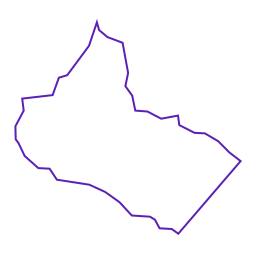 outline of Crockett, Tennessee, United States of America
{"feature_id": "52423323B19626244489091", "entity_name": "Crockett", "entity_type": "district", "adm_level": 2, "iso_a3": "USA", "parent_name": "United States of America", "parent_adm1": "Tennessee", "projection": "equal_earth", "projection_center": [-89.156, 35.835], "detail": "fine", "context": "isolated", "style": "outline", "palette": "violet", "viewbox_px": 256, "rotation_deg": 0, "n_neighbors": 0, "source": "geoboundaries", "source_scale": "gbopen_adm2", "svg_char_len": 577}
<svg xmlns="http://www.w3.org/2000/svg" viewBox="0 0 256 256"><path d="M22.2,98.6L23.7,110.6L15.4,126.3L15.7,139.3L18.4,142.9L24.7,156.0L38.3,168.1L49.6,168.7L56.9,179.7L89.3,184.7L105.2,192.0L119.5,202.2L131.8,215.5L150.0,216.7L154.9,219.7L159.6,228.3L171.7,229.0L178.3,233.7L240.6,161.1L229.3,152.4L218.2,141.2L204.9,133.4L194.4,132.8L179.3,125.1L178.0,115.6L161.2,118.7L147.4,111.5L135.3,110.6L132.2,95.6L125.4,86.2L128.1,72.9L122.6,42.8L107.5,37.1L99.1,30.1L96.9,22.3L89.0,45.8L67.2,75.2L58.9,77.7L52.6,95.1L22.2,98.6Z" fill="none" stroke="#5b21b6" stroke-width="2"/></svg>